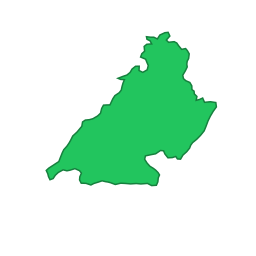 outline of Santa Cruz da Esperança, São Paulo, Brazil, rotated 54°
{"feature_id": "56859067B44664335204438", "entity_name": "Santa Cruz da Esperança", "entity_type": "district", "adm_level": 2, "iso_a3": "BRA", "parent_name": "Brazil", "parent_adm1": "São Paulo", "projection": "equal_earth", "projection_center": [-47.445, -21.286], "detail": "fine", "context": "isolated", "style": "filled", "palette": "green", "viewbox_px": 256, "rotation_deg": 54, "n_neighbors": 0, "source": "geoboundaries", "source_scale": "gbopen_adm2", "svg_char_len": 1893}
<svg xmlns="http://www.w3.org/2000/svg" viewBox="0 0 256 256"><g transform="rotate(54 128 128)"><path d="M78.2,40.1L74.2,39.3L72.6,42.1L71.5,47.5L73.2,51.9L69.8,53.7L67.8,56.4L65.0,59.4L67.4,60.5L70.4,58.9L73.9,59.4L71.3,63.6L71.5,67.0L75.6,69.4L76.0,73.1L78.0,76.1L82.7,73.3L86.3,74.2L89.4,74.9L92.2,78.3L91.7,83.3L88.0,85.3L84.6,82.6L82.5,85.6L82.7,90.1L84.3,93.7L84.5,97.8L83.3,101.6L81.9,106.9L84.4,105.4L86.8,102.5L88.8,105.7L90.9,108.4L93.4,111.2L94.3,114.4L94.1,119.6L95.4,123.0L98.7,129.0L96.7,131.9L95.1,134.4L96.7,137.8L99.9,141.6L100.4,145.7L99.8,151.1L98.6,154.3L96.5,157.9L96.4,161.2L99.5,164.4L101.3,171.5L102.0,177.4L104.3,181.8L105.6,184.7L106.8,188.1L107.8,192.7L109.4,195.7L112.1,200.0L114.5,203.7L113.9,215.8L114.3,219.1L117.9,219.8L120.6,220.9L124.0,221.5L124.9,218.3L123.5,214.6L123.0,210.5L123.7,205.1L126.7,202.6L128.0,199.8L129.7,194.8L134.0,192.3L137.1,192.2L139.2,195.7L141.5,197.7L145.1,198.3L148.1,194.5L152.3,191.5L152.8,188.2L154.4,183.6L155.5,180.0L158.0,177.9L160.0,175.9L162.1,174.2L166.2,171.5L168.4,166.3L171.4,162.6L174.7,158.8L177.8,153.9L180.8,150.5L184.3,144.8L188.5,142.7L191.0,138.7L189.1,135.5L186.1,132.8L184.5,130.1L181.7,129.9L178.3,130.4L175.6,131.2L171.7,132.8L167.5,133.2L163.1,132.9L160.8,130.3L162.9,125.5L165.1,120.8L165.3,114.9L167.4,112.6L170.6,113.4L175.6,113.2L178.0,109.5L179.1,106.1L182.1,106.2L184.1,103.8L182.2,99.5L181.7,94.5L180.5,90.0L178.8,87.4L177.8,84.4L177.5,79.0L176.6,73.7L175.1,68.1L172.7,64.2L169.3,59.1L166.8,54.4L164.6,49.3L162.9,44.1L159.0,42.0L155.2,45.9L152.2,51.0L147.6,50.0L147.0,53.2L145.7,56.6L143.0,53.7L139.4,54.3L137.0,52.9L134.5,53.7L131.4,51.6L127.5,51.2L123.8,53.4L120.7,54.1L117.5,52.7L115.4,47.9L113.4,44.2L110.9,42.9L108.8,40.9L107.4,38.1L104.0,34.9L100.3,34.5L97.6,34.7L95.9,38.4L91.3,38.7L87.9,38.6L85.3,39.9L82.5,44.8L79.4,45.3L78.2,40.1Z" fill="#22c55e" stroke="#15803d" stroke-width="1.5"/></g></svg>